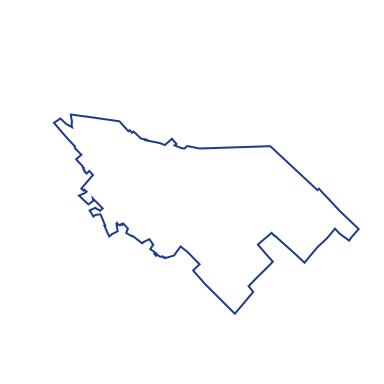 Hopelchén, Campeche, Mexico (Natural Earth projection), rotated 313°
{"feature_id": "50627088B35254539369817", "entity_name": "Hopelchén", "entity_type": "district", "adm_level": 2, "iso_a3": "MEX", "parent_name": "Mexico", "parent_adm1": "Campeche", "projection": "natural_earth1", "projection_center": [-89.782, 19.541], "detail": "fine", "context": "isolated", "style": "outline", "palette": "blue", "viewbox_px": 384, "rotation_deg": 313, "n_neighbors": 0, "source": "geoboundaries", "source_scale": "gbopen_adm2", "svg_char_len": 3459}
<svg xmlns="http://www.w3.org/2000/svg" viewBox="0 0 384 384"><g transform="rotate(313 192 192)"><path d="M146.1,65.3L146.1,65.9L146.1,66.1L146.0,66.5L146.0,67.3L145.5,75.4L145.1,75.4L144.2,76.5L144.0,80.9L143.8,85.1L143.8,85.7L142.2,85.5L141.8,85.5L141.6,85.4L137.5,85.0L137.2,85.0L136.9,85.0L136.7,88.1L136.5,90.6L136.4,92.5L136.4,93.7L135.8,94.6L135.9,95.8L135.9,96.7L134.6,96.8L134.4,99.4L133.6,99.5L133.6,102.4L137.3,102.5L136.9,108.0L135.3,108.0L133.8,108.1L131.6,108.2L131.4,108.2L130.7,108.2L129.4,108.3L128.3,108.3L127.4,108.4L126.3,108.4L125.2,108.5L124.1,108.5L123.1,108.6L122.1,108.6L121.5,108.6L120.7,108.7L119.1,108.7L119.1,111.7L120.3,111.7L120.3,114.7L117.6,114.2L112.3,111.8L112.3,124.7L118.3,125.8L119.7,123.8L119.6,125.2L119.3,132.8L119.1,137.9L115.4,137.5L115.5,135.9L115.2,135.4L114.6,133.8L114.6,132.1L108.7,129.7L106.8,136.6L108.0,136.7L109.4,137.1L112.3,139.4L113.2,140.3L112.4,142.2L112.3,142.5L112.2,142.8L112.0,143.1L111.8,143.7L111.2,145.0L110.5,146.5L108.8,150.2L108.3,151.4L108.2,151.3L107.6,150.9L107.3,151.7L107.2,151.9L105.5,155.8L103.0,161.7L105.7,162.2L105.9,162.0L112.6,164.4L117.4,158.2L118.0,158.2L116.8,159.7L118.3,160.3L118.4,162.0L120.8,162.3L120.4,163.4L120.5,163.4L122.2,163.6L122.0,164.7L121.5,170.1L118.5,171.3L117.2,171.8L118.3,176.7L118.7,178.5L119.4,178.6L119.5,179.9L119.7,181.9L119.8,183.1L120.0,185.5L120.3,188.5L120.5,190.6L121.7,190.7L121.7,190.4L125.1,191.7L128.4,193.1L127.1,199.3L127.1,199.5L123.7,200.1L121.8,200.4L122.2,203.4L122.7,207.5L121.1,206.8L120.8,209.2L122.4,209.6L122.6,210.6L122.6,211.1L122.7,211.5L122.9,212.9L123.0,213.0L123.5,213.4L123.9,213.7L124.0,213.7L124.7,214.3L124.9,214.5L124.7,214.9L124.5,215.6L125.4,216.4L125.6,216.5L125.8,216.8L125.5,217.4L125.4,217.5L126.7,218.3L127.9,219.0L129.2,219.8L131.7,221.2L132.7,221.8L133.3,222.2L134.2,222.1L135.1,221.9L136.0,221.8L136.9,221.7L139.5,221.4L140.4,221.3L142.3,221.1L142.6,221.0L144.4,220.8L144.8,226.4L144.8,226.5L145.1,229.3L145.0,230.2L145.0,231.7L144.5,242.8L144.4,244.8L144.3,246.8L142.4,246.7L140.6,246.6L139.6,246.6L138.7,246.5L137.8,246.5L136.8,246.4L135.4,246.4L133.6,264.0L132.2,305.6L132.2,306.4L139.7,306.0L160.7,304.9L161.7,297.6L176.4,297.9L181.5,298.2L191.3,298.6L196.2,298.6L196.9,290.2L198.5,276.0L216.4,278.1L216.1,282.1L216.5,282.1L216.6,286.9L217.1,311.9L217.0,322.5L228.8,321.8L237.3,321.4L250.0,322.3L262.7,321.6L262.2,328.1L263.6,340.1L267.7,339.5L278.6,339.1L278.9,313.0L279.9,298.8L280.6,287.3L281.0,282.6L278.9,282.4L278.9,267.9L278.9,261.7L278.9,253.9L278.9,249.5L278.9,218.0L275.9,215.0L275.0,214.1L250.8,189.8L229.1,168.0L228.5,167.1L226.3,163.5L222.4,157.2L221.0,157.0L220.6,157.0L219.4,156.9L219.1,156.8L218.6,156.8L216.9,154.4L216.4,153.1L216.2,152.5L214.2,147.5L216.6,147.8L216.8,145.5L216.8,144.7L217.2,141.0L213.2,140.7L212.6,140.6L212.0,140.6L211.8,140.5L211.5,140.5L211.0,140.4L210.1,140.4L209.8,140.4L209.6,140.3L209.0,140.2L207.9,140.1L207.7,139.7L207.3,138.8L207.1,138.3L207.1,138.2L207.0,137.9L206.8,137.5L206.4,136.4L206.1,135.8L205.9,135.2L205.6,134.8L205.4,134.4L205.1,134.0L204.9,133.5L204.6,133.1L204.4,132.7L204.1,132.3L203.9,131.9L203.6,131.5L203.5,131.2L203.4,131.1L198.2,122.8L199.2,122.9L196.3,118.2L196.4,108.0L194.4,107.8L194.7,104.2L193.1,104.0L194.2,90.7L178.1,67.6L168.2,53.6L166.1,50.6L165.3,51.2L161.5,56.4L160.6,56.9L158.8,58.3L157.6,60.1L156.0,53.8L156.0,52.5L156.0,45.6L148.4,43.9L147.9,48.8L147.3,54.1L146.1,65.3Z" fill="none" stroke="#1e3a8a" stroke-width="2"/></g></svg>